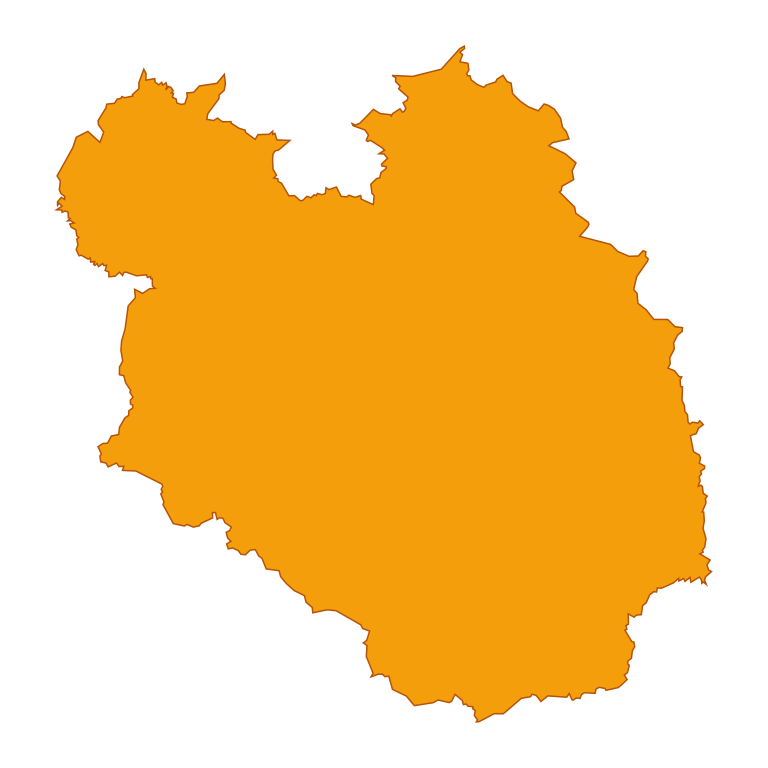 Talpa de Allende, Jalisco, Mexico
{"feature_id": "50627088B38864018180233", "entity_name": "Talpa de Allende", "entity_type": "district", "adm_level": 2, "iso_a3": "MEX", "parent_name": "Mexico", "parent_adm1": "Jalisco", "projection": "albers", "projection_center": [-105.005, 20.299], "detail": "fine", "context": "isolated", "style": "filled", "palette": "amber", "viewbox_px": 768, "rotation_deg": 0, "n_neighbors": 0, "source": "geoboundaries", "source_scale": "gbopen_adm2", "svg_char_len": 6020}
<svg xmlns="http://www.w3.org/2000/svg" viewBox="0 0 768 768"><path d="M703.3,424.6L699.7,420.8L697.9,423.1L692.6,422.2L689.9,424.0L688.1,422.1L687.5,414.8L684.9,411.5L684.4,405.4L682.0,400.5L682.5,386.8L680.6,386.6L680.1,379.7L681.7,376.9L679.3,376.8L674.5,370.8L668.0,368.1L670.2,363.8L669.7,358.0L674.3,348.9L673.6,342.9L677.7,334.9L682.1,331.4L682.5,327.6L675.0,326.7L667.7,319.5L653.8,319.4L646.3,309.9L637.9,303.3L637.1,293.5L633.7,289.5L636.8,276.5L647.6,261.0L648.2,258.8L645.5,256.4L645.8,251.6L642.9,250.8L638.3,256.0L629.1,256.3L617.8,251.5L610.6,244.4L579.6,236.3L587.6,227.2L589.0,224.1L588.1,222.1L575.8,213.3L574.6,207.0L559.4,192.0L561.3,190.5L561.9,186.3L573.7,179.6L572.1,170.9L576.0,162.9L565.1,153.7L548.8,145.7L552.5,142.7L569.0,138.9L566.2,131.4L562.5,127.2L560.6,118.2L554.4,109.2L548.2,105.3L544.1,104.0L538.3,110.8L527.8,106.6L520.0,101.0L512.6,93.6L511.1,83.1L507.1,81.6L503.0,75.3L497.0,79.2L495.7,81.9L485.9,85.2L484.1,87.4L477.3,84.6L471.1,79.8L470.0,75.8L467.7,75.7L466.7,73.6L468.9,70.0L467.9,63.3L459.9,61.8L462.5,54.7L459.9,52.2L464.5,48.6L464.3,46.1L459.8,48.6L441.3,69.2L412.7,76.4L392.1,75.5L395.7,77.6L395.6,81.6L400.1,86.2L398.6,88.8L408.0,97.1L407.3,100.1L403.1,102.7L405.9,108.3L404.4,111.1L402.5,112.2L400.0,108.8L392.6,113.6L391.3,116.1L390.4,114.7L380.3,113.6L373.4,109.4L360.0,123.1L355.6,125.1L352.1,123.6L353.1,125.7L364.8,129.9L368.4,134.9L366.3,140.4L367.6,141.5L370.4,140.3L381.4,147.3L384.6,150.2L379.0,153.7L384.0,154.0L387.6,158.3L381.4,164.2L381.9,165.9L386.3,166.8L386.2,168.4L381.0,172.5L379.7,177.8L376.6,178.6L370.8,184.3L372.0,193.4L374.1,195.6L373.3,204.6L361.3,199.2L360.6,195.5L355.2,197.4L348.8,195.2L346.7,196.9L341.2,196.4L336.4,187.0L329.1,189.6L326.0,187.8L325.3,193.5L322.1,194.7L317.4,193.4L316.3,195.6L314.1,194.8L311.0,197.8L307.0,196.3L302.5,200.6L300.1,200.6L294.5,195.6L289.0,195.9L281.5,183.2L278.1,181.5L277.9,178.8L273.8,178.0L276.5,175.2L273.0,169.1L272.6,160.1L272.9,154.3L275.0,150.9L278.5,150.1L289.9,140.4L276.9,139.9L274.9,133.4L272.8,134.4L272.7,131.2L269.2,134.3L258.0,134.6L255.2,139.4L245.7,132.5L245.1,130.1L239.1,128.3L231.3,123.3L231.0,121.6L222.4,121.8L217.6,118.1L213.7,120.5L206.8,119.4L207.8,113.7L218.9,98.7L219.2,94.9L224.1,90.5L225.4,83.9L224.3,74.4L217.0,83.3L199.3,86.0L193.7,92.3L186.8,92.9L187.3,96.4L184.8,103.8L181.2,104.4L176.9,103.0L176.2,99.1L172.4,97.2L173.5,93.3L171.2,93.0L173.2,90.8L170.9,87.4L168.7,86.4L165.7,89.9L167.1,86.1L166.0,82.7L162.8,85.2L161.7,82.3L158.9,84.8L155.2,82.4L154.7,78.6L145.8,80.2L146.1,73.7L143.8,69.2L138.9,82.6L138.9,88.7L132.4,94.6L132.7,96.1L124.6,97.7L121.9,96.5L120.6,98.5L117.2,99.1L114.6,103.2L106.7,104.2L106.0,107.8L98.1,120.7L98.4,124.7L103.7,132.1L99.9,142.4L87.8,131.4L76.3,137.2L72.8,147.7L57.1,175.9L60.4,181.2L59.3,189.6L60.9,193.5L64.7,196.4L64.6,199.4L61.3,197.4L57.5,201.8L57.6,205.3L59.0,203.2L62.1,206.2L56.5,209.8L61.8,210.0L62.1,212.3L65.2,211.0L68.1,212.2L68.3,217.8L70.2,218.5L67.6,220.9L70.6,220.6L74.1,223.0L69.8,224.0L71.2,227.2L75.9,229.9L76.7,235.6L78.7,237.6L76.8,239.1L77.9,244.9L76.2,249.6L79.1,255.8L81.2,255.2L88.1,259.1L90.3,258.0L90.6,262.1L94.8,261.6L93.6,264.3L94.8,265.4L97.0,263.6L98.5,266.6L102.7,263.6L103.9,265.6L106.6,265.3L105.1,270.5L108.8,271.9L108.9,276.8L115.1,276.2L119.5,272.2L122.6,275.5L123.8,272.5L126.0,272.1L136.7,275.8L146.5,274.8L147.5,277.5L150.5,276.5L150.7,278.7L152.3,278.7L152.4,286.0L155.1,288.3L149.6,288.7L142.6,293.4L134.6,289.3L135.4,297.7L128.2,305.9L125.1,329.0L121.6,340.9L120.9,350.1L122.7,361.1L119.5,367.0L119.4,374.7L123.8,375.7L125.6,382.8L130.7,390.4L129.8,392.1L133.0,397.3L130.3,400.1L130.5,404.0L132.6,405.1L132.7,408.1L128.9,410.7L128.6,415.4L124.9,417.9L119.5,427.3L118.7,434.5L111.3,436.0L107.6,443.2L102.9,443.5L98.0,446.7L101.4,453.9L99.9,456.1L100.7,461.8L106.1,463.1L108.2,466.9L116.5,463.0L119.1,466.6L123.8,466.3L122.5,470.4L135.8,471.0L161.7,484.0L162.8,486.2L161.2,489.2L162.6,492.3L160.8,493.9L163.9,501.8L163.0,504.7L173.3,523.6L184.4,526.0L187.0,524.5L193.4,527.1L199.1,525.9L201.4,523.1L212.6,518.0L212.5,512.6L215.4,512.5L217.1,519.4L219.4,517.7L222.9,518.3L225.0,522.7L231.3,527.0L229.6,530.6L226.2,532.3L227.6,538.0L230.9,541.3L226.6,544.0L228.3,548.9L232.6,548.0L238.4,550.7L240.8,554.2L245.3,554.8L250.3,550.1L255.3,549.6L258.7,556.0L262.0,558.3L266.2,568.9L279.1,570.7L280.6,576.6L286.3,583.5L294.2,590.6L304.4,595.6L306.1,602.3L312.2,607.4L312.8,612.8L327.3,609.8L336.1,610.7L360.8,624.8L362.6,628.5L369.6,631.0L366.7,640.4L363.3,642.9L367.0,645.5L366.3,656.4L373.1,673.3L371.1,676.8L378.5,674.1L382.5,674.2L384.9,676.7L388.8,676.2L392.5,689.4L406.4,696.1L414.3,705.6L433.2,702.7L438.0,700.0L449.3,702.6L451.6,701.2L455.1,694.4L462.2,700.4L463.4,704.6L466.1,704.0L467.9,706.2L473.0,706.8L472.7,708.7L475.3,710.6L474.3,715.5L477.5,719.8L476.4,721.9L479.0,721.7L494.1,713.7L503.4,713.7L521.4,698.3L530.6,696.7L532.0,694.3L536.2,695.4L540.9,701.5L547.8,695.9L566.7,697.2L569.2,693.6L572.0,699.9L573.4,700.0L576.1,698.0L580.0,698.4L581.6,694.4L584.6,692.7L595.2,693.3L596.0,689.0L599.3,687.3L605.0,688.5L606.0,690.3L618.1,687.6L621.9,684.6L627.1,679.5L624.3,674.9L627.4,672.8L629.3,665.3L627.7,663.8L628.0,660.9L631.4,658.3L632.4,650.7L634.7,646.8L633.9,642.1L631.7,641.4L624.9,630.2L626.9,629.2L625.9,625.5L628.4,624.2L628.3,613.9L634.1,617.2L636.4,615.1L641.3,614.7L642.6,605.6L646.2,602.8L649.8,594.7L653.8,591.7L656.6,592.0L657.3,587.9L661.4,588.2L673.0,583.1L678.6,578.5L678.9,581.0L683.7,578.5L685.0,581.4L690.0,577.4L690.9,582.3L699.3,577.1L701.4,579.6L701.8,583.3L703.2,582.0L706.3,584.4L704.6,580.1L705.5,576.9L711.5,571.5L708.5,569.9L707.0,564.8L710.1,560.0L699.9,553.9L703.2,552.1L702.3,550.3L704.7,547.1L706.0,538.7L703.0,528.3L704.3,520.9L703.7,512.1L702.2,511.9L706.0,502.9L705.4,498.6L707.3,496.1L703.2,493.3L702.4,486.6L701.1,485.2L698.2,486.1L700.1,480.9L699.2,476.8L701.5,474.0L700.7,471.2L704.5,468.5L704.7,466.1L699.3,463.2L700.5,457.9L699.3,455.0L693.5,451.7L690.4,435.6L696.3,433.6L698.5,428.2L703.3,424.6Z" fill="#f59e0b" stroke="#b45309" stroke-width="1.5"/></svg>